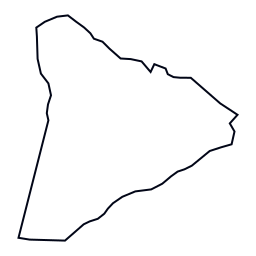 outline of Lagoa Salgada, Rio Grande do Norte, Brazil
{"feature_id": "56859067B50769407156017", "entity_name": "Lagoa Salgada", "entity_type": "district", "adm_level": 2, "iso_a3": "BRA", "parent_name": "Brazil", "parent_adm1": "Rio Grande do Norte", "projection": "mercator", "projection_center": [-35.501, -6.146], "detail": "fine", "context": "isolated", "style": "outline", "palette": "ink", "viewbox_px": 256, "rotation_deg": 0, "n_neighbors": 0, "source": "geoboundaries", "source_scale": "gbopen_adm2", "svg_char_len": 715}
<svg xmlns="http://www.w3.org/2000/svg" viewBox="0 0 256 256"><path d="M18.5,237.8L29.6,239.6L65.0,240.6L83.7,224.3L89.7,221.4L97.8,218.8L104.3,213.7L107.9,208.6L113.0,203.2L122.3,196.8L135.3,191.4L151.2,189.4L162.3,183.7L171.1,176.3L177.6,171.6L184.5,169.3L191.8,165.7L209.7,151.0L221.1,147.3L231.6,144.3L234.5,131.5L229.8,123.4L237.5,114.8L220.2,103.4L190.8,77.8L179.8,77.7L173.5,77.1L167.8,74.2L165.6,68.5L154.3,64.2L150.6,72.0L141.6,61.4L130.7,59.1L120.6,58.5L109.4,48.6L102.5,41.7L93.9,38.7L90.4,33.3L84.1,27.5L76.1,21.7L67.9,15.4L57.0,16.7L44.8,21.8L36.3,27.6L36.9,36.6L37.6,58.9L40.9,73.6L48.4,83.4L51.0,95.3L48.0,104.4L46.8,113.2L48.4,120.3L18.5,237.8Z" fill="none" stroke="#020617" stroke-width="2"/></svg>